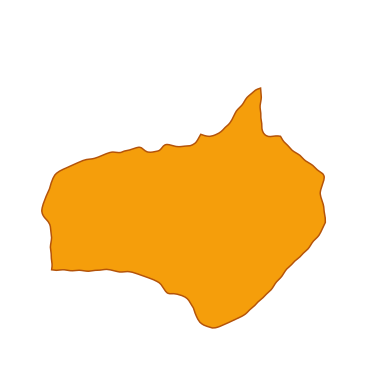 outline of Cristobal, Independencia, Dominican Republic, rotated 290°
{"feature_id": "3306468B18266835565764", "entity_name": "Cristobal", "entity_type": "district", "adm_level": 2, "iso_a3": "DOM", "parent_name": "Dominican Republic", "parent_adm1": "Independencia", "projection": "mercator", "projection_center": [-71.278, 18.34], "detail": "fine", "context": "isolated", "style": "filled", "palette": "amber", "viewbox_px": 384, "rotation_deg": 290, "n_neighbors": 0, "source": "geoboundaries", "source_scale": "gbopen_adm2", "svg_char_len": 2699}
<svg xmlns="http://www.w3.org/2000/svg" viewBox="0 0 384 384"><g transform="rotate(290 192 192)"><path d="M70.9,86.7L72.0,91.3L74.4,96.4L75.2,98.5L76.4,104.4L77.1,106.6L79.9,112.7L80.5,115.0L81.5,119.7L82.2,122.0L85.3,127.9L87.1,132.2L89.2,136.2L90.1,138.2L90.9,141.8L91.7,149.0L92.1,151.4L92.9,153.6L95.2,158.6L95.8,161.0L96.2,163.5L96.4,168.7L96.5,180.6L96.4,185.9L96.0,189.7L95.5,192.2L94.5,194.5L89.7,201.1L88.8,203.0L88.6,204.1L88.8,205.9L90.2,209.6L90.9,213.0L91.2,217.9L90.9,221.5L90.2,223.9L89.0,226.1L83.5,233.0L79.2,236.4L76.7,238.7L74.3,241.2L72.3,244.0L71.5,246.2L71.0,248.6L70.9,252.1L71.2,257.6L72.4,260.4L73.7,262.3L75.2,264.1L81.8,271.0L92.1,281.2L93.9,282.7L95.7,284.0L97.6,285.0L101.0,286.5L106.9,289.8L111.2,291.6L117.1,294.9L121.4,296.8L127.3,299.8L129.6,300.5L134.3,301.5L136.6,302.2L141.6,304.5L143.8,305.3L149.6,306.6L151.9,307.3L157.9,310.4L162.2,312.2L168.0,315.6L172.3,317.4L178.3,320.5L180.6,321.2L185.2,322.2L187.5,322.9L192.5,325.3L194.7,326.1L198.3,326.7L209.0,327.7L213.1,326.1L219.0,322.8L223.2,320.8L225.3,319.5L231.2,314.9L233.3,313.6L234.4,313.0L235.7,312.6L238.2,312.2L248.4,311.8L250.7,311.3L251.7,310.9L252.6,310.2L253.3,309.4L253.9,308.5L255.6,302.3L258.3,296.3L258.9,294.0L260.1,288.1L260.9,286.0L263.3,281.0L263.9,278.7L264.8,274.0L265.5,271.7L268.6,265.8L270.5,261.5L271.7,259.6L274.6,256.1L274.1,253.7L273.3,251.5L270.9,246.7L270.3,244.6L270.4,242.3L270.7,241.1L271.7,239.2L273.2,237.6L275.0,236.3L276.0,235.8L280.2,234.1L285.1,231.4L289.5,229.7L294.4,227.2L296.6,226.4L302.5,225.3L304.8,224.7L313.1,220.9L311.0,218.3L309.4,216.8L301.7,212.4L299.7,211.4L297.4,210.7L292.7,209.8L290.4,209.1L285.4,206.8L283.2,206.0L280.8,205.6L273.5,204.8L270.0,204.0L267.9,203.2L264.0,201.1L260.7,199.7L258.6,198.6L256.5,197.1L253.8,194.5L252.1,192.5L250.8,190.4L250.2,189.3L249.6,186.9L249.3,184.5L249.2,180.5L243.0,179.5L240.6,178.9L239.5,178.5L238.5,177.9L236.7,176.5L235.2,174.9L234.6,173.9L232.7,169.7L230.7,165.7L229.9,163.6L229.3,161.3L228.6,154.3L228.1,152.2L227.6,151.3L227.0,150.5L225.4,149.4L221.8,148.1L220.0,147.2L218.7,145.7L216.0,141.2L215.1,139.3L214.5,137.1L214.4,136.0L214.7,133.9L216.2,129.4L216.2,128.5L216.1,127.4L215.7,126.4L214.5,124.5L210.1,118.9L207.3,114.4L204.8,111.6L204.0,109.8L202.6,104.4L202.2,103.3L201.0,101.3L198.7,98.4L192.7,91.9L190.4,89.0L189.1,87.0L186.4,81.7L184.2,78.7L179.9,74.1L169.1,63.0L166.3,60.4L163.3,58.3L161.0,57.3L157.3,56.7L152.3,56.6L146.3,57.0L138.0,56.4L129.9,56.3L126.0,56.6L123.5,57.1L122.3,57.6L120.4,58.8L118.9,60.3L117.6,62.1L115.0,66.9L112.9,69.4L111.1,70.7L101.0,75.7L98.7,76.3L94.0,77.2L91.7,77.8L85.8,80.8L81.4,82.6L76.5,85.1L74.3,85.9L70.9,86.7Z" fill="#f59e0b" stroke="#b45309" stroke-width="1.5"/></g></svg>